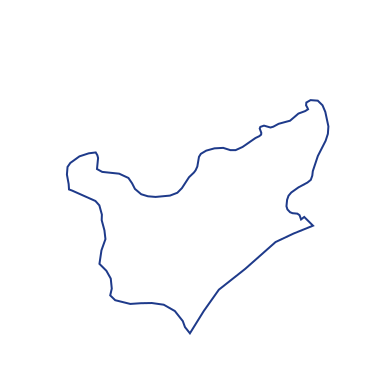 an SVG outline of Vlasenica, rotated 292°
{"feature_id": "BIH-4805", "entity_name": "Vlasenica", "entity_type": "state/province", "adm_level": 1, "iso_a3": "BIH", "parent_name": "Bosnia and Herzegovina", "parent_adm1": "", "projection": "robinson", "projection_center": [19.204, 44.258], "detail": "fine", "context": "isolated", "style": "outline", "palette": "blue", "viewbox_px": 384, "rotation_deg": 292, "n_neighbors": 0, "source": "natural_earth", "source_scale": "10m", "svg_char_len": 1409}
<svg xmlns="http://www.w3.org/2000/svg" viewBox="0 0 384 384"><g transform="rotate(292 192 192)"><path d="M192.6,87.9L190.6,90.5L188.3,92.2L177.7,95.3L177.0,101.2L181.7,117.6L181.2,127.8L177.6,133.2L173.5,137.9L170.9,145.7L171.5,152.7L173.8,160.1L180.4,172.9L185.8,178.7L191.8,181.2L204.6,183.7L210.8,186.5L213.4,187.2L217.6,187.4L227.2,185.3L230.7,185.9L235.7,189.7L240.9,196.5L244.6,204.4L245.2,212.0L247.1,216.7L252.7,222.0L265.8,230.6L269.0,233.5L271.1,234.6L272.8,234.1L276.2,231.0L278.0,231.0L280.5,233.9L281.2,240.6L283.0,242.9L287.7,246.8L293.1,253.9L294.8,256.2L304.6,261.3L309.4,266.6L312.2,268.6L313.3,267.5L315.1,265.3L317.8,264.5L321.6,267.5L323.8,274.4L321.3,280.5L316.2,285.6L303.9,293.9L296.8,296.2L289.5,296.7L272.5,295.2L256.6,296.2L252.2,297.4L247.8,297.6L244.0,295.5L236.2,289.0L228.7,284.2L224.7,282.9L220.4,283.1L214.2,284.9L211.6,287.0L210.0,290.5L210.0,293.1L211.4,297.8L210.8,300.4L207.4,303.4L210.9,305.4L206.1,316.8L191.5,301.7L176.9,288.2L140.6,270.1L111.5,253.5L86.1,247.5L60.2,243.0L64.1,236.1L68.1,232.5L68.8,231.9L75.2,220.7L76.9,208.0L74.0,196.3L69.7,186.2L65.1,176.7L62.9,161.3L65.5,154.9L72.4,153.8L81.3,149.1L86.9,142.1L90.7,133.1L104.0,129.9L115.9,129.4L123.6,125.2L132.1,118.8L137.3,116.9L144.9,111.1L147.5,105.8L148.4,80.3L148.3,77.0L153.1,74.7L161.3,69.5L168.6,67.2L173.4,68.3L182.9,74.3L189.2,81.8L192.6,87.9Z" fill="none" stroke="#1e3a8a" stroke-width="2"/></g></svg>